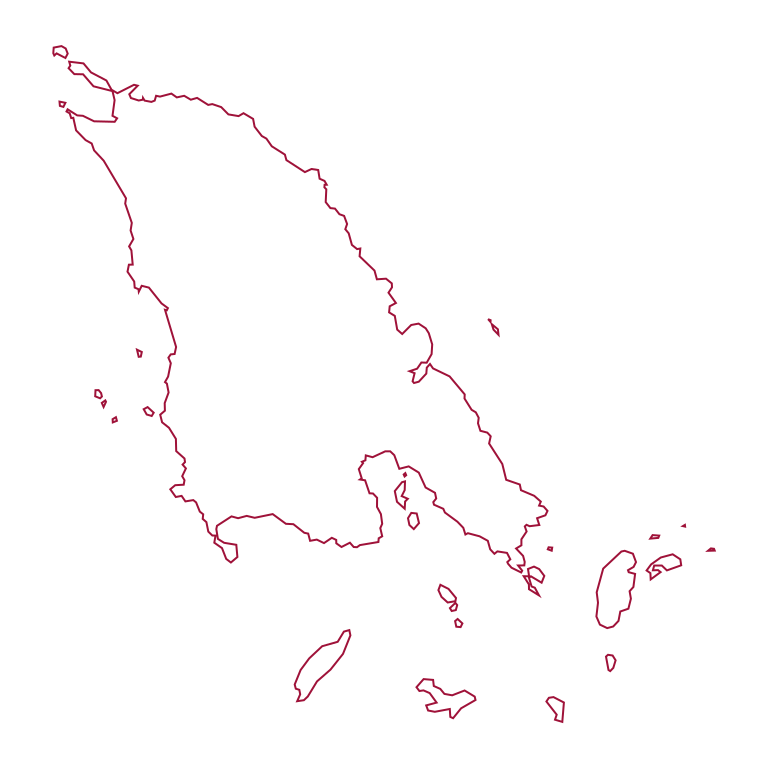 Ko Chang, Trat, Thailand
{"feature_id": "78962969B80719111705399", "entity_name": "Ko Chang", "entity_type": "district", "adm_level": 2, "iso_a3": "THA", "parent_name": "Thailand", "parent_adm1": "Trat", "projection": "mercator", "projection_center": [102.37, 12.028], "detail": "fine", "context": "isolated", "style": "outline", "palette": "rose", "viewbox_px": 768, "rotation_deg": 0, "n_neighbors": 0, "source": "geoboundaries", "source_scale": "gbopen_adm2", "svg_char_len": 6080}
<svg xmlns="http://www.w3.org/2000/svg" viewBox="0 0 768 768"><path d="M83.5,63.4L69.2,61.7L70.3,65.6L68.6,68.2L74.3,74.1L83.1,74.3L93.5,86.3L112.5,91.1L114.6,100.1L112.5,115.8L117.1,118.3L114.7,121.8L94.1,121.3L82.9,115.8L77.2,115.4L67.6,109.3L66.5,111.5L69.7,113.3L71.2,118.1L73.3,117.8L76.1,130.4L85.6,140.1L91.7,143.5L94.1,150.4L103.7,160.7L126.0,198.3L125.2,203.6L131.8,222.9L130.6,230.5L133.4,239.0L129.1,246.4L131.4,250.4L132.7,264.6L128.9,264.7L127.5,271.7L134.2,281.5L134.7,287.6L138.5,289.2L138.8,291.7L141.7,285.8L148.9,287.6L161.5,303.4L167.9,308.1L166.8,310.3L165.0,309.8L176.1,347.0L174.6,354.0L170.7,354.4L168.4,357.7L170.8,363.2L168.1,376.6L165.0,382.1L166.9,383.6L168.6,392.5L164.7,403.1L164.9,410.7L160.2,414.7L162.1,422.3L169.0,427.8L175.9,438.9L176.2,451.1L184.5,458.5L185.0,462.1L182.6,464.6L185.9,468.4L182.2,476.2L184.5,480.2L183.7,484.7L175.2,485.2L170.3,489.3L175.8,497.0L181.6,495.9L185.4,501.4L193.3,500.1L196.1,502.4L199.8,511.6L203.2,514.3L202.7,518.9L206.4,522.1L208.3,531.6L212.3,535.5L215.5,535.6L214.3,542.7L222.0,548.1L226.2,558.9L230.9,562.5L237.4,557.0L236.3,544.8L224.1,542.8L217.9,538.9L216.3,529.1L217.0,525.8L231.5,516.4L238.1,518.2L246.7,515.9L254.7,517.8L272.7,514.1L285.9,523.8L293.4,524.2L304.3,532.8L308.2,533.6L310.1,540.8L316.8,539.6L324.0,543.1L331.8,537.8L336.2,539.9L336.3,543.3L341.5,547.0L349.9,542.7L353.7,547.0L357.0,547.2L359.9,545.1L378.4,542.0L378.7,538.3L382.2,536.3L380.3,528.1L382.2,523.8L380.9,514.1L377.0,506.9L377.1,497.8L373.0,493.5L369.5,493.3L365.1,480.3L360.0,479.5L361.7,478.3L358.8,469.1L363.1,463.1L361.9,461.8L365.4,460.3L365.8,455.4L372.6,457.2L385.3,451.3L390.2,451.3L394.3,455.2L399.3,468.8L408.7,466.4L418.8,472.6L425.6,487.5L435.0,492.8L436.2,498.5L433.3,502.1L434.0,504.7L443.3,508.8L444.9,512.5L457.4,521.7L463.3,527.8L465.4,534.5L467.9,533.2L479.6,536.3L487.8,540.8L490.2,549.3L494.4,553.8L497.4,551.4L507.0,552.9L510.3,559.3L507.3,562.1L508.1,563.8L511.5,567.7L521.2,572.5L522.2,570.7L518.1,565.5L524.3,565.4L524.7,561.9L523.1,555.9L516.1,548.5L521.4,545.3L521.4,539.3L526.6,531.5L524.8,526.4L526.5,524.8L529.6,526.2L539.3,525.0L537.1,518.2L545.4,515.3L547.5,510.9L543.6,506.5L539.1,505.6L540.8,501.6L534.2,495.8L521.0,490.2L519.8,484.5L506.2,479.8L502.3,464.0L489.1,443.5L490.7,436.3L487.3,432.6L480.4,430.8L478.0,423.3L478.7,417.8L475.8,412.3L471.6,409.8L464.5,398.5L464.7,394.4L449.6,376.4L433.0,368.4L430.0,364.0L426.8,367.6L426.3,373.6L418.8,381.7L414.0,383.0L412.6,381.3L414.6,373.2L409.6,371.2L417.1,368.7L421.4,362.5L426.7,362.7L431.6,354.1L432.2,344.4L428.8,333.2L425.7,328.3L418.6,323.6L411.2,325.0L402.2,334.0L397.2,329.6L394.8,315.9L389.1,312.4L389.7,306.3L395.9,303.0L388.5,292.7L392.0,287.3L391.8,283.4L386.0,278.7L376.9,279.3L374.5,270.6L359.6,256.3L360.3,248.5L357.1,249.1L351.9,244.9L348.7,233.3L345.3,229.2L347.1,224.0L344.1,215.9L339.4,214.2L335.0,208.6L330.4,208.1L325.7,202.1L326.3,189.3L324.4,187.3L324.6,184.8L326.7,184.7L324.5,180.9L319.6,178.7L318.2,170.0L311.5,169.0L304.9,172.1L286.4,160.1L284.9,154.6L271.8,146.3L266.4,138.6L261.8,136.0L254.6,126.7L253.1,118.9L243.5,113.2L238.6,116.1L228.4,114.4L221.2,107.1L212.3,104.1L208.2,104.9L197.1,97.9L190.8,99.7L184.2,95.8L176.8,97.4L171.4,93.6L160.0,96.6L156.1,95.8L154.7,100.6L151.4,101.9L144.6,100.6L143.0,97.9L142.8,99.7L138.7,100.5L130.9,98.0L129.3,94.2L137.7,85.7L134.0,84.8L117.4,93.2L111.5,89.7L106.4,80.5L91.0,72.4L83.5,63.4ZM613.2,626.5L618.5,620.9L620.3,611.5L628.4,608.7L630.9,598.7L629.6,591.2L633.4,587.0L635.1,573.9L628.7,572.2L628.0,570.2L633.6,566.9L636.0,562.1L632.9,553.7L624.7,550.8L621.4,551.5L603.2,568.6L596.7,592.3L598.0,602.7L596.4,616.5L599.9,624.6L607.2,628.1L613.2,626.5ZM343.0,653.9L350.4,635.4L349.3,630.1L343.9,631.6L337.7,641.8L322.2,646.2L309.2,658.4L300.6,670.0L294.7,684.5L295.8,688.7L299.3,689.8L300.2,694.3L297.2,701.2L303.9,700.2L307.8,696.5L317.0,681.4L330.5,669.6L343.0,653.9ZM433.1,679.9L423.6,679.1L416.5,687.2L419.4,691.0L423.5,690.4L429.7,693.1L436.6,702.6L426.2,705.4L428.1,710.5L434.8,711.8L449.8,709.0L450.3,716.9L453.1,718.2L461.1,708.3L475.5,700.0L474.7,696.6L464.6,690.5L452.2,695.3L444.4,693.9L440.3,688.9L433.8,686.0L433.1,679.9ZM672.7,554.3L660.8,557.5L651.1,564.4L646.6,570.5L650.4,573.1L650.7,579.4L660.6,572.1L658.0,570.1L652.9,570.3L654.2,565.5L661.8,565.5L666.9,570.4L681.2,565.3L680.3,559.3L672.7,554.3ZM562.3,721.9L563.9,702.5L553.5,697.1L548.9,697.8L546.4,701.5L556.7,714.7L555.0,719.7L562.3,721.9ZM544.3,575.9L539.2,569.1L534.0,566.6L528.0,569.0L529.1,576.3L523.7,576.2L528.9,584.4L529.0,589.2L539.0,595.4L534.8,587.7L531.6,586.5L529.0,577.8L530.9,576.3L541.6,582.7L544.3,575.9ZM405.0,481.4L402.0,482.2L394.8,491.1L397.0,501.8L404.7,508.7L405.1,501.5L407.8,498.8L401.7,496.1L404.7,490.1L405.0,481.4ZM447.7,602.5L455.4,601.2L456.0,598.0L448.5,588.9L440.4,584.8L438.4,590.1L441.5,596.9L447.7,602.5ZM416.7,513.5L411.3,512.9L408.0,518.2L409.4,525.0L413.8,529.1L419.0,523.1L416.7,513.5ZM61.5,46.1L53.7,47.6L53.3,53.2L54.3,55.5L56.6,53.4L65.4,58.0L67.7,53.6L65.7,48.5L61.5,46.1ZM610.2,671.1L613.3,667.9L615.6,660.3L612.6,655.5L608.0,654.8L606.0,656.6L608.5,670.0L610.2,671.1ZM147.6,407.1L143.7,409.2L146.7,414.5L151.7,416.0L153.7,412.7L147.6,407.1ZM100.1,398.3L101.9,396.5L101.1,393.1L98.6,390.1L95.5,390.2L95.2,396.3L100.1,398.3ZM460.6,627.1L462.4,623.4L457.6,619.0L455.1,621.1L456.3,626.7L460.6,627.1ZM455.8,610.1L457.2,605.1L455.4,602.9L449.9,608.1L451.7,611.0L455.8,610.1ZM650.3,538.6L658.3,537.9L659.2,535.6L652.6,535.1L650.3,538.6ZM498.5,334.8L497.9,329.3L491.8,324.2L493.5,329.6L498.5,334.8ZM63.4,106.9L65.4,102.8L59.5,101.6L59.9,105.9L63.4,106.9ZM140.8,356.6L141.8,352.0L137.0,349.7L138.7,356.8L140.8,356.6ZM112.8,422.4L116.9,420.8L115.9,417.2L112.6,419.2L112.8,422.4ZM103.6,407.0L106.0,401.8L105.3,400.4L101.8,402.9L103.6,407.0ZM710.9,548.4L708.0,550.8L714.7,550.6L714.0,548.8L710.9,548.4ZM552.2,547.6L548.6,547.3L547.8,549.3L551.7,550.7L552.2,547.6ZM404.6,476.5L406.2,475.2L405.3,473.1L403.7,474.5L404.6,476.5ZM490.6,320.2L488.1,319.2L490.5,321.9L490.6,320.2ZM682.9,526.1L685.1,526.6L684.9,524.9L682.9,526.1Z" fill="none" stroke="#9f1239" stroke-width="2"/></svg>